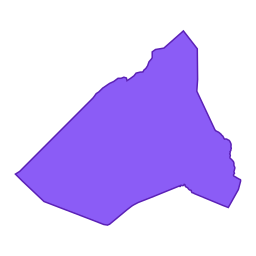 the district of Azacualpa, Santa Bárbara, Honduras
{"feature_id": "27666195B45825573496458", "entity_name": "Azacualpa", "entity_type": "district", "adm_level": 2, "iso_a3": "HND", "parent_name": "Honduras", "parent_adm1": "Santa Bárbara", "projection": "albers", "projection_center": [-88.529, 15.379], "detail": "fine", "context": "isolated", "style": "filled", "palette": "violet", "viewbox_px": 256, "rotation_deg": 0, "n_neighbors": 0, "source": "geoboundaries", "source_scale": "gbopen_adm2", "svg_char_len": 3123}
<svg xmlns="http://www.w3.org/2000/svg" viewBox="0 0 256 256"><path d="M15.4,174.1L22.3,181.0L44.0,201.5L60.4,207.8L84.2,216.9L103.8,224.5L107.1,225.0L107.4,225.1L109.6,224.2L126.7,210.0L131.7,206.1L133.6,204.9L138.2,202.5L146.9,199.1L154.7,196.0L179.3,186.0L179.5,186.2L179.6,186.3L179.8,186.4L179.9,186.5L180.0,186.5L180.3,186.4L180.3,186.2L180.3,185.9L180.4,185.7L180.5,185.5L180.6,185.4L180.8,185.4L181.0,185.3L181.3,185.3L181.5,185.4L181.6,185.5L181.9,185.5L182.0,185.6L182.3,185.6L182.5,185.6L182.8,185.6L183.0,185.6L183.3,185.5L183.4,185.4L183.5,185.3L183.6,185.2L183.9,184.9L184.0,184.7L184.3,184.5L184.3,184.4L184.5,184.4L184.6,184.5L184.8,184.6L184.8,184.8L184.9,185.0L185.0,185.2L185.0,185.3L185.1,185.6L185.2,185.8L185.3,185.9L185.3,186.1L185.4,186.3L185.5,186.4L185.5,186.5L185.8,186.7L185.8,186.8L186.0,186.9L186.2,187.0L186.3,187.0L186.5,187.1L186.8,187.3L187.0,187.4L187.1,187.5L187.3,187.6L187.5,187.7L187.6,187.8L187.8,188.0L188.0,188.3L188.1,188.5L188.4,188.8L188.6,189.1L188.8,189.3L189.0,189.5L189.3,189.7L189.4,189.8L189.5,189.8L189.7,190.0L189.8,190.0L190.0,190.1L190.3,190.1L190.5,190.1L190.8,190.2L191.0,190.3L191.2,190.5L191.3,190.6L191.3,190.8L191.3,191.1L191.4,191.3L191.4,191.5L191.5,191.6L191.5,191.8L191.6,192.0L191.8,192.2L191.8,192.3L191.9,192.5L192.0,192.5L192.3,192.7L192.4,192.8L192.5,192.8L192.8,192.8L193.0,192.8L193.3,192.9L193.4,193.0L193.6,193.0L193.8,193.2L193.9,193.3L194.0,193.3L194.1,193.5L222.8,205.4L228.3,207.5L238.4,189.5L240.6,181.1L240.6,180.0L240.3,179.6L239.5,179.3L237.8,178.3L236.8,177.8L235.8,177.1L234.6,176.5L234.0,176.2L233.5,175.4L233.5,175.0L233.8,174.2L234.3,173.6L234.5,173.2L234.1,172.4L233.9,171.6L234.2,170.8L234.7,168.7L234.9,167.9L234.6,166.9L234.0,165.6L233.8,164.9L234.0,164.0L233.8,162.9L233.7,162.2L233.3,161.5L232.4,160.4L231.4,159.3L230.5,158.6L230.0,158.0L229.9,157.4L230.0,156.5L230.3,155.9L230.3,155.2L230.2,154.8L229.8,154.3L229.7,153.7L230.0,153.3L230.2,153.0L230.1,152.2L230.0,151.6L230.4,151.2L230.8,150.6L230.9,149.6L231.1,148.9L231.3,148.1L231.0,147.4L231.0,146.3L231.1,144.8L230.9,143.7L230.4,142.5L229.8,141.3L229.1,140.4L228.1,139.9L226.9,139.2L226.2,139.0L225.1,139.0L224.5,139.1L223.9,138.3L223.7,137.7L222.7,136.0L222.5,135.9L222.4,135.8L222.3,135.7L222.2,135.6L221.9,135.4L221.7,135.1L221.4,134.8L221.3,134.6L221.1,134.4L220.9,134.2L220.7,134.0L220.7,133.9L220.4,133.7L220.2,133.5L220.0,133.4L219.9,133.3L219.8,133.2L219.6,133.0L219.3,132.8L219.1,132.6L218.8,132.4L218.7,132.3L218.6,132.2L218.4,132.1L218.2,132.0L218.0,131.9L217.9,131.9L217.6,131.7L217.4,131.6L217.1,131.5L216.0,130.9L215.9,130.9L215.7,130.6L215.4,130.4L215.3,130.2L215.1,130.1L215.0,129.9L214.9,129.8L214.8,129.6L196.8,91.2L197.6,79.6L197.3,48.8L183.4,30.9L163.9,48.1L155.5,49.5L152.2,51.9L152.2,55.2L152.2,57.5L151.8,58.5L149.0,61.8L147.6,65.8L145.8,68.5L144.0,70.0L142.9,71.9L141.3,72.1L140.1,72.1L136.1,73.1L134.0,75.8L130.2,78.6L127.0,80.7L126.4,78.0L123.9,77.2L121.1,78.3L118.0,78.3L113.7,81.5L109.6,83.4L102.8,88.0L98.7,92.0L96.2,93.6L94.4,96.2L92.9,98.1L86.2,104.8L22.6,168.5L19.7,171.4L15.4,174.1Z" fill="#8b5cf6" stroke="#5b21b6" stroke-width="1.5"/></svg>